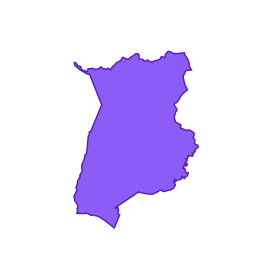 outline of Kubang Pasu, Kedah, Malaysia, rotated 333°
{"feature_id": "92858781B58701158776704", "entity_name": "Kubang Pasu", "entity_type": "district", "adm_level": 2, "iso_a3": "MYS", "parent_name": "Malaysia", "parent_adm1": "Kedah", "projection": "orthographic", "projection_center": [100.431, 6.377], "detail": "fine", "context": "isolated", "style": "filled", "palette": "violet", "viewbox_px": 256, "rotation_deg": 333, "n_neighbors": 0, "source": "geoboundaries", "source_scale": "gbopen_adm2", "svg_char_len": 3627}
<svg xmlns="http://www.w3.org/2000/svg" viewBox="0 0 256 256"><g transform="rotate(333 128 128)"><path d="M155.7,198.6L156.2,197.6L158.1,197.6L158.5,197.6L159.2,197.6L159.6,197.0L160.5,196.2L161.3,195.6L161.3,195.1L160.5,195.0L159.9,194.7L159.6,194.1L159.5,193.4L159.6,192.4L159.9,191.6L160.1,190.7L160.1,190.0L159.8,189.8L159.2,189.6L158.7,189.3L158.7,188.9L159.7,188.8L159.8,187.7L160.3,187.0L161.1,187.1L161.7,187.4L161.9,187.9L162.9,188.2L163.5,188.1L163.9,187.7L163.3,187.4L162.7,187.1L162.5,186.6L163.9,186.6L164.4,186.2L164.0,185.9L163.0,185.6L162.8,185.1L163.8,184.8L164.8,184.2L165.5,183.6L166.2,183.4L166.3,182.7L165.8,182.0L166.8,182.3L167.4,182.1L167.8,181.6L168.1,180.8L168.6,179.9L169.2,180.0L169.0,180.7L170.3,180.6L171.1,181.2L171.6,181.8L172.4,182.2L173.3,182.2L173.6,181.6L173.5,180.7L173.8,179.8L174.5,180.1L175.4,180.2L176.1,179.5L176.8,179.4L176.9,180.1L177.2,178.0L178.4,177.7L181.7,176.9L182.3,175.8L181.9,174.5L180.3,172.3L180.5,171.2L181.9,169.5L182.2,168.4L181.7,166.4L184.0,163.9L184.5,162.0L183.7,160.8L182.6,158.7L181.2,157.3L178.9,156.6L174.7,151.6L176.5,149.2L174.8,146.6L173.1,144.5L173.3,142.3L174.2,139.2L177.6,135.5L178.1,135.0L179.7,134.5L180.1,132.7L179.7,130.2L179.7,128.1L180.6,127.0L182.9,127.5L185.0,126.4L187.0,125.3L188.7,124.1L191.4,122.7L195.3,121.6L198.3,120.9L198.3,119.7L198.3,116.7L198.6,113.9L199.5,110.3L200.3,107.7L201.3,106.3L202.3,105.8L204.9,103.6L206.6,103.3L210.8,105.1L210.8,102.6L210.8,100.7L212.0,97.7L212.3,94.8L212.3,91.6L211.8,89.2L212.3,86.5L209.5,85.5L205.7,84.1L202.0,82.0L201.4,80.8L200.0,79.1L199.2,78.1L197.9,78.1L195.4,79.1L194.2,80.0L193.7,81.1L192.5,81.9L191.5,80.6L190.0,79.5L188.6,81.0L186.7,81.1L184.7,81.1L182.8,80.2L180.8,80.3L178.4,79.6L177.0,77.7L176.1,76.1L174.7,76.6L172.6,75.6L172.6,73.8L170.6,72.8L169.4,70.7L170.0,69.6L171.1,67.5L170.3,66.1L168.6,65.3L166.9,65.8L164.5,66.0L161.4,66.3L160.1,67.1L158.3,66.3L157.5,65.2L156.5,63.9L155.6,62.8L153.9,63.2L152.5,64.6L150.6,64.7L147.2,64.6L145.9,65.2L144.7,65.8L141.7,66.3L140.5,67.5L139.1,68.2L138.0,66.3L136.7,65.5L135.2,66.0L134.4,64.9L132.8,63.9L132.0,62.8L132.0,61.6L130.8,61.3L128.6,61.8L125.8,61.3L124.4,59.7L123.2,58.7L121.8,58.1L120.5,57.6L119.3,57.2L118.0,58.4L117.2,59.3L115.9,58.7L115.7,57.1L114.0,56.5L113.3,55.0L113.3,53.3L113.8,51.9L112.2,50.5L111.7,50.3L111.4,47.8L110.9,46.1L110.3,45.4L110.0,45.3L109.0,47.8L111.3,53.7L115.9,61.1L117.9,62.5L118.1,63.5L115.1,95.4L93.1,114.3L93.0,114.0L91.8,114.0L91.2,114.9L90.7,115.9L89.9,116.7L88.9,117.2L80.5,130.5L79.9,131.3L78.5,132.2L77.5,132.5L76.5,133.8L74.1,136.7L72.7,137.8L71.4,138.8L70.5,139.5L69.7,140.5L68.4,143.3L68.1,145.1L66.7,146.4L65.2,147.2L63.6,148.3L62.8,150.0L60.6,151.1L59.7,151.9L56.7,155.5L54.5,157.6L54.5,160.1L48.6,164.5L48.6,166.5L47.5,168.4L47.8,170.0L48.0,171.7L48.1,173.6L48.0,174.8L46.9,176.1L45.9,176.9L45.8,178.3L43.7,180.9L50.1,184.4L51.4,184.5L53.6,186.2L55.3,188.9L57.0,189.5L61.6,193.4L65.0,199.2L70.4,210.7L81.1,201.7L80.2,199.6L81.1,198.4L82.1,197.2L82.5,196.1L82.8,195.0L82.9,193.9L81.4,194.0L80.5,194.1L80.3,193.2L108.0,189.8L115.0,195.3L118.3,197.3L120.0,198.1L122.5,198.3L125.6,198.3L128.1,198.1L129.8,198.4L130.0,200.0L131.9,201.2L135.1,201.7L137.2,202.2L137.6,202.6L139.2,202.2L140.1,202.4L141.2,202.4L142.2,201.7L142.9,201.0L144.1,200.6L144.5,199.8L144.3,198.6L144.3,197.8L144.3,197.1L144.1,196.5L144.9,196.2L145.4,197.0L146.0,197.6L146.4,196.9L146.5,195.3L147.2,196.6L148.0,196.9L148.9,197.1L149.7,197.4L150.9,197.4L151.6,197.6L152.7,197.4L152.8,196.6L153.5,195.9L154.4,195.6L154.6,196.0L154.5,197.6L155.0,198.3L155.6,198.5L155.7,198.6Z" fill="#8b5cf6" stroke="#5b21b6" stroke-width="1.5"/></g></svg>